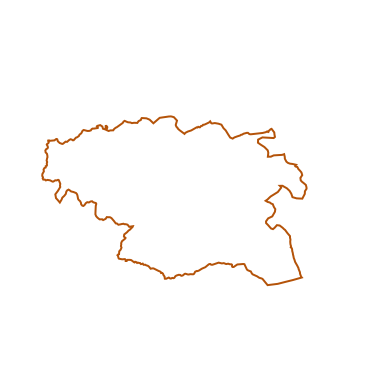 the district of Irumu, Orientale, Democratic Republic of the Congo, rotated 45°
{"feature_id": "63176286B75372177576839", "entity_name": "Irumu", "entity_type": "district", "adm_level": 2, "iso_a3": "COD", "parent_name": "Democratic Republic of the Congo", "parent_adm1": "Orientale", "projection": "albers", "projection_center": [29.863, 1.267], "detail": "fine", "context": "isolated", "style": "outline", "palette": "amber", "viewbox_px": 384, "rotation_deg": 45, "n_neighbors": 0, "source": "geoboundaries", "source_scale": "gbopen_adm2", "svg_char_len": 5861}
<svg xmlns="http://www.w3.org/2000/svg" viewBox="0 0 384 384"><g transform="rotate(45 192 192)"><path d="M266.7,124.6L270.5,122.5L274.7,118.7L273.1,113.6L271.3,111.6L270.7,108.7L269.6,107.7L267.5,106.5L264.9,106.7L262.5,107.0L260.7,106.9L258.7,105.4L258.0,102.1L255.6,100.8L253.5,100.6L250.7,100.5L250.0,100.2L248.6,99.8L247.8,100.5L246.8,100.8L246.3,100.4L246.3,99.2L243.1,101.2L241.2,102.7L239.2,103.6L237.3,103.8L234.1,102.8L232.8,101.6L230.4,100.1L229.5,102.0L223.9,108.3L222.8,111.2L220.7,113.4L218.2,110.3L216.1,109.0L211.4,109.0L206.8,110.0L203.8,110.5L201.7,108.2L203.2,103.6L211.6,96.1L211.7,94.4L209.9,93.2L208.0,91.7L203.6,91.1L203.2,92.0L203.1,94.6L203.6,95.6L203.5,95.8L202.3,96.0L201.9,97.5L200.5,99.8L200.2,100.3L192.7,109.7L191.6,110.5L189.8,110.6L189.6,110.8L189.0,111.3L187.2,114.4L186.9,115.9L186.2,116.9L186.1,117.9L184.7,120.6L183.4,123.4L183.0,125.5L180.5,126.5L176.8,125.7L172.2,124.6L169.2,124.6L165.2,123.6L162.4,125.0L159.4,127.1L157.7,129.4L156.8,129.7L154.9,129.2L154.9,130.6L154.8,131.0L153.2,135.5L152.3,136.7L152.5,137.7L151.7,139.1L151.9,140.5L151.6,140.9L150.3,141.5L150.3,142.5L149.6,142.9L147.9,149.1L146.3,152.2L145.5,154.7L145.5,155.6L145.6,156.2L139.4,157.1L136.9,157.2L136.3,156.8L134.9,156.9L133.4,156.3L132.9,155.8L130.9,152.1L126.3,151.9L124.3,153.0L123.6,153.5L122.3,154.9L116.7,162.4L116.1,170.7L110.9,170.8L107.7,172.1L104.2,175.2L104.2,175.7L104.9,177.3L104.1,179.6L104.5,181.8L102.1,184.0L100.8,185.8L99.3,186.4L97.4,188.0L95.5,188.8L94.1,189.3L94.0,189.9L93.8,190.5L94.2,192.2L93.0,199.5L92.6,200.5L92.4,202.5L92.7,204.1L90.7,206.2L89.9,207.8L87.6,208.7L87.3,208.1L86.6,206.4L85.8,205.8L84.7,205.8L84.3,206.3L86.4,208.7L85.9,209.4L84.3,210.2L82.3,209.1L79.8,209.6L78.3,212.2L78.3,212.8L79.7,212.9L80.1,213.4L77.9,216.4L76.8,217.5L76.6,218.6L76.9,220.0L76.1,221.5L74.7,222.9L71.6,224.7L71.3,226.0L72.2,228.8L71.9,231.0L72.0,231.2L72.4,232.3L72.1,234.4L71.5,235.7L71.7,238.9L71.7,239.1L71.2,239.7L69.8,240.0L68.8,240.6L68.4,241.9L68.3,243.3L68.2,244.9L67.0,245.8L66.8,247.8L66.6,249.3L66.2,249.8L63.8,250.9L61.3,251.0L59.4,250.0L58.8,250.2L58.5,250.6L58.2,252.8L55.7,255.8L55.4,256.2L54.7,256.4L53.9,257.2L54.1,257.6L55.5,258.1L55.9,259.1L55.6,260.5L55.8,261.2L57.8,261.8L58.7,262.5L59.0,263.4L58.6,264.8L58.9,266.3L60.5,267.5L62.3,267.5L63.8,268.4L65.2,269.6L65.7,270.6L67.0,272.6L68.4,273.2L69.0,274.4L70.4,275.5L70.7,276.0L70.3,277.2L71.2,278.1L70.7,279.4L71.1,281.0L72.7,282.2L73.5,285.1L74.7,286.5L76.3,287.0L76.8,288.0L78.1,288.4L79.1,287.3L80.4,287.2L81.3,285.6L83.4,284.1L86.0,283.3L86.1,283.2L86.6,282.6L87.0,280.5L88.1,279.5L88.7,278.1L89.4,277.8L93.0,279.3L94.3,281.0L95.3,281.6L96.4,286.1L97.0,290.3L100.2,292.5L102.7,292.6L106.0,292.9L105.2,289.8L105.0,289.2L104.3,287.7L104.4,285.0L104.1,282.6L102.8,280.5L102.6,279.0L103.0,277.6L104.2,277.3L106.1,277.1L108.2,275.8L110.8,274.7L112.3,274.9L113.5,275.5L116.3,277.4L117.4,277.7L119.3,277.6L121.0,278.1L122.2,279.0L123.2,279.2L124.2,279.2L125.1,278.6L125.2,277.1L124.8,275.0L125.1,273.3L126.5,272.3L127.0,270.4L127.9,269.2L129.5,269.1L131.8,267.8L132.7,268.1L133.8,269.9L138.0,274.5L139.5,276.1L141.4,276.9L143.4,277.0L146.0,276.7L147.8,274.8L149.0,274.7L149.9,272.1L149.5,270.0L150.7,269.0L151.3,268.3L152.2,267.7L153.6,267.4L157.4,267.7L158.7,267.9L160.3,268.1L161.1,267.4L163.1,267.2L164.2,265.6L165.0,264.3L166.0,262.9L166.9,262.6L167.8,261.7L169.5,260.7L170.6,260.8L172.3,261.0L173.0,259.9L174.4,258.0L174.7,258.7L174.7,262.9L174.4,264.0L174.5,266.5L174.1,269.9L175.2,271.5L175.9,271.7L177.3,271.4L177.7,271.9L177.3,276.4L178.1,278.3L178.9,278.9L180.0,280.5L181.5,281.2L182.3,283.2L182.5,285.4L184.4,287.6L184.0,288.2L184.0,289.4L184.8,289.5L186.8,290.7L187.5,290.8L190.2,289.0L192.0,286.9L193.0,286.9L193.9,287.7L194.6,287.0L194.3,285.7L194.7,285.3L196.2,283.8L197.3,283.1L200.3,282.7L200.8,282.6L201.2,282.4L201.1,281.6L201.8,281.1L203.4,281.0L203.6,280.2L203.9,280.1L204.1,280.0L205.3,279.2L205.5,279.0L206.0,279.1L206.9,279.1L207.6,278.0L207.8,277.5L208.9,277.7L209.3,277.7L209.6,277.4L210.3,276.5L211.3,276.3L213.0,275.4L214.4,275.2L217.0,275.5L217.9,274.1L218.9,273.2L224.0,271.5L225.7,270.8L226.0,270.8L226.9,270.7L227.3,270.9L227.5,271.1L228.2,270.3L228.7,270.3L229.2,270.3L229.5,270.4L230.9,271.0L231.2,271.0L232.4,271.2L233.0,271.7L234.1,272.5L235.0,271.7L236.1,268.9L237.6,268.6L238.3,268.1L238.8,266.7L239.8,266.1L240.2,265.2L239.8,263.3L240.1,262.0L241.2,259.9L242.3,259.0L243.4,258.9L244.0,258.5L244.5,257.4L244.7,255.1L245.2,254.4L247.3,253.3L248.1,252.6L248.8,251.4L251.0,249.4L251.3,248.3L250.6,246.1L251.2,244.5L251.7,244.2L252.4,242.8L253.2,239.3L253.8,237.7L254.5,236.0L254.6,235.6L255.0,231.3L255.5,230.3L255.8,230.0L256.9,229.9L257.9,229.0L260.8,223.1L263.6,221.4L264.8,219.8L267.1,218.8L268.3,217.1L268.8,216.9L269.9,216.3L271.1,215.2L271.8,215.2L273.1,216.4L273.8,216.3L274.5,215.5L275.3,211.2L279.2,206.6L280.1,206.0L285.7,208.0L287.0,207.8L287.7,207.5L288.9,207.0L289.7,206.6L291.1,207.0L291.9,207.3L293.2,207.3L297.7,205.6L300.2,205.1L302.4,203.9L303.3,203.6L309.4,204.2L311.3,204.4L317.6,196.3L321.5,189.7L325.6,182.9L330.1,174.8L329.0,174.7L326.2,173.4L325.0,172.4L322.1,171.2L321.0,170.5L318.3,169.6L316.8,169.2L314.3,168.5L312.3,167.4L310.6,166.7L308.7,165.4L307.6,164.8L306.6,164.0L305.4,163.3L304.5,162.8L303.8,162.1L302.4,161.2L300.9,161.3L300.5,160.4L298.5,159.3L296.6,157.7L295.2,156.0L293.6,155.0L292.5,153.9L288.6,153.6L284.6,153.0L283.3,153.2L281.4,153.2L277.7,153.7L275.5,155.4L275.7,159.0L275.5,161.0L273.7,161.9L268.9,161.6L266.4,161.6L265.1,160.4L264.5,156.8L266.0,152.5L264.6,147.3L263.0,145.2L261.9,145.0L260.6,144.7L259.3,144.2L257.8,143.5L256.1,144.2L254.4,144.4L252.6,145.5L250.3,146.1L250.7,143.8L250.7,141.9L250.8,139.5L252.7,131.3L252.0,125.9L250.5,125.5L249.8,125.5L251.6,123.6L253.2,123.2L256.4,122.3L260.2,122.2L263.4,123.0L266.7,124.6Z" fill="none" stroke="#b45309" stroke-width="2"/></g></svg>